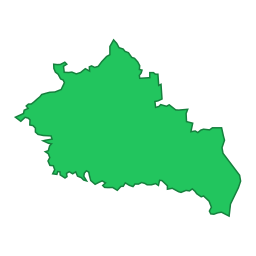 Rondinha, Rio Grande do Sul, Brazil
{"feature_id": "56859067B57057318855477", "entity_name": "Rondinha", "entity_type": "district", "adm_level": 2, "iso_a3": "BRA", "parent_name": "Brazil", "parent_adm1": "Rio Grande do Sul", "projection": "natural_earth1", "projection_center": [-52.911, -27.827], "detail": "fine", "context": "isolated", "style": "filled", "palette": "green", "viewbox_px": 256, "rotation_deg": 0, "n_neighbors": 0, "source": "geoboundaries", "source_scale": "gbopen_adm2", "svg_char_len": 2219}
<svg xmlns="http://www.w3.org/2000/svg" viewBox="0 0 256 256"><path d="M54.9,92.0L49.6,92.3L45.5,93.4L41.7,94.5L39.9,96.8L36.9,99.3L33.9,102.0L31.3,104.0L28.4,104.1L26.2,106.0L28.1,108.4L24.2,110.2L23.5,113.5L15.4,117.2L20.8,121.3L25.1,117.3L28.1,118.1L30.0,119.8L29.8,125.0L33.0,125.6L35.4,128.1L35.4,132.0L38.0,134.4L43.3,135.5L51.0,135.9L52.1,139.1L45.7,140.2L43.1,140.8L48.5,143.3L51.5,143.8L49.6,146.0L48.3,150.7L45.3,151.7L48.3,153.7L49.8,157.6L48.0,161.0L49.9,165.4L53.3,165.7L54.7,169.7L52.7,173.8L56.9,174.4L57.6,171.6L60.0,171.9L60.2,174.9L65.0,178.0L67.0,176.6L66.5,173.4L69.2,171.7L72.7,173.8L75.7,171.9L77.5,176.1L81.3,177.7L83.6,180.0L86.6,180.9L83.8,176.3L84.3,173.2L86.4,170.8L88.7,172.1L89.5,175.9L90.7,180.5L95.1,184.3L99.2,182.2L102.2,180.9L105.5,182.9L102.7,185.5L104.6,187.4L107.8,187.6L112.7,187.5L117.3,190.3L120.9,186.4L123.2,186.3L125.3,182.9L129.3,185.3L133.0,186.6L135.0,184.0L138.4,184.1L141.6,182.5L144.8,183.4L147.1,184.8L151.4,184.8L155.6,183.6L158.4,185.4L159.6,180.3L162.0,180.6L164.6,183.1L167.4,185.8L167.4,189.2L172.3,188.3L178.6,191.7L181.0,192.4L186.0,190.4L189.5,190.9L192.3,188.9L194.9,191.2L196.7,193.7L201.2,196.8L203.6,196.0L209.1,201.2L211.4,207.2L209.4,211.1L210.8,213.9L213.9,214.2L217.8,212.8L221.5,212.2L229.1,216.1L230.5,204.0L238.4,187.7L240.6,181.1L239.6,175.3L223.0,153.3L222.0,147.7L224.5,140.2L223.3,135.6L221.6,127.8L212.4,127.8L209.6,129.9L203.5,129.2L200.8,130.1L197.8,132.6L195.2,131.0L190.9,131.7L192.7,123.2L186.5,121.6L186.1,113.5L187.7,109.3L178.7,110.1L175.7,109.9L169.2,104.8L166.5,106.3L160.7,104.6L158.9,106.5L155.6,107.4L154.9,101.5L157.9,100.9L162.0,99.0L161.0,84.3L158.7,85.4L157.9,74.2L155.4,74.2L153.4,72.6L149.8,72.6L149.8,77.7L139.7,78.3L139.3,75.4L141.2,72.9L142.0,70.1L139.4,69.5L139.7,65.7L137.7,61.9L134.5,58.3L131.7,57.4L128.4,52.7L125.0,51.4L123.1,49.0L119.0,47.7L116.8,43.5L113.6,39.9L109.9,46.5L109.9,54.7L106.6,56.5L101.8,61.6L98.2,66.4L94.7,67.4L91.5,65.9L89.3,66.9L89.6,71.1L85.3,68.7L80.6,72.5L76.3,73.9L71.9,72.1L68.6,72.5L64.2,72.3L63.5,66.3L66.8,64.2L64.8,62.2L60.3,64.5L57.2,64.6L53.7,64.2L53.9,68.5L55.4,72.1L58.2,74.3L60.6,78.9L63.2,80.1L64.4,82.7L61.2,89.5L54.9,92.0Z" fill="#22c55e" stroke="#15803d" stroke-width="1.5"/></svg>